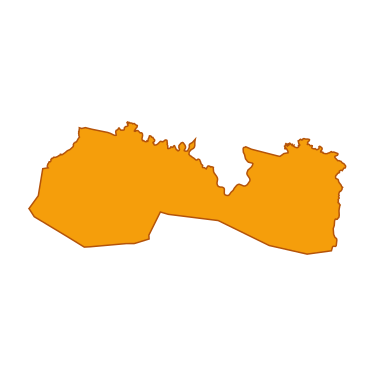 Namaacha, Maputo, Mozambique, rotated 285°
{"feature_id": "85939544B88728478280907", "entity_name": "Namaacha", "entity_type": "district", "adm_level": 2, "iso_a3": "MOZ", "parent_name": "Mozambique", "parent_adm1": "Maputo", "projection": "mercator", "projection_center": [32.28, -26.074], "detail": "fine", "context": "isolated", "style": "filled", "palette": "amber", "viewbox_px": 384, "rotation_deg": 285, "n_neighbors": 0, "source": "geoboundaries", "source_scale": "gbopen_adm2", "svg_char_len": 6077}
<svg xmlns="http://www.w3.org/2000/svg" viewBox="0 0 384 384"><g transform="rotate(285 192 192)"><path d="M232.5,103.6L231.9,102.8L230.4,102.7L227.3,104.1L226.8,103.2L226.7,102.1L227.5,98.0L227.7,95.2L226.7,79.1L226.6,73.0L226.6,72.4L224.8,69.0L224.9,66.5L223.7,66.9L222.4,66.9L221.6,67.2L221.0,66.9L220.0,67.4L219.5,67.2L218.4,67.8L217.5,68.0L215.9,69.1L214.4,68.4L210.5,67.4L209.9,66.3L209.2,66.1L208.5,65.3L206.9,65.1L206.1,65.5L205.0,65.4L201.5,63.2L199.6,60.9L197.1,59.2L194.5,57.0L194.2,56.3L194.5,56.0L194.5,55.3L194.3,55.0L193.7,55.1L193.1,54.8L192.9,54.2L191.4,52.9L190.2,51.3L189.7,49.3L188.3,48.6L188.2,47.9L186.9,47.3L186.2,47.6L185.2,47.6L184.3,47.0L184.3,46.3L184.0,46.1L182.7,46.0L181.8,45.7L181.7,45.5L179.5,45.5L178.6,46.0L178.1,46.7L175.9,41.8L148.6,44.5L133.7,38.8L133.6,39.1L127.3,46.0L116.5,83.5L110.9,102.2L112.8,108.0L125.1,141.7L127.3,149.7L135.5,162.7L139.2,161.5L164.5,166.6L164.3,174.9L171.2,224.7L160.3,280.4L161.8,319.3L171.3,341.9L174.9,341.9L175.7,342.1L176.2,342.7L176.6,344.7L177.5,345.2L182.8,344.4L183.9,344.0L184.5,343.5L185.1,341.9L187.7,339.8L193.2,337.9L196.5,338.1L201.0,337.2L202.1,337.3L202.9,337.5L203.1,338.0L203.0,338.8L203.3,339.4L204.5,339.8L205.3,340.4L206.0,340.4L207.8,340.2L211.7,338.9L213.5,338.6L217.3,338.3L217.7,338.5L218.1,338.2L218.5,337.3L219.2,337.0L219.3,336.3L219.7,335.8L220.5,335.7L221.2,335.8L222.5,335.1L222.9,335.2L223.8,335.7L224.4,335.7L225.2,334.8L227.0,335.0L227.4,334.4L227.9,334.2L230.7,334.5L231.0,335.2L231.4,335.5L233.2,336.2L234.8,336.0L235.5,336.3L236.0,335.1L237.2,334.3L239.1,331.8L240.1,330.9L241.3,330.3L241.9,329.8L242.4,327.3L243.8,326.7L245.2,326.7L246.2,327.4L247.6,327.8L248.9,329.4L250.2,328.9L251.5,330.1L251.7,331.0L251.5,331.6L254.0,332.4L254.4,332.6L254.8,333.7L256.1,333.9L257.1,333.5L258.7,331.3L259.0,329.6L260.2,327.9L260.1,327.2L260.4,325.9L260.0,324.7L262.3,321.1L262.8,320.8L263.5,320.9L265.2,323.0L266.5,323.2L266.9,322.7L267.3,318.6L266.6,317.1L267.1,316.3L267.0,316.0L266.2,315.2L265.6,314.9L264.8,313.4L264.0,312.6L263.6,311.2L263.4,308.9L263.6,308.4L264.0,308.4L264.3,308.0L264.1,307.6L264.3,306.7L264.0,306.4L264.0,305.9L264.9,305.7L266.1,306.4L267.3,306.6L268.4,305.9L269.2,303.8L269.1,303.3L268.6,302.9L267.3,303.4L266.6,303.3L265.5,302.3L265.1,301.2L265.8,299.7L265.2,298.8L265.3,296.9L265.6,296.3L265.9,296.2L267.4,296.3L267.8,296.2L267.8,295.1L267.3,294.3L267.4,293.8L268.2,293.0L268.2,291.9L267.8,291.2L268.0,291.0L268.9,291.3L269.9,290.8L272.0,292.0L272.9,292.0L273.1,291.8L273.1,290.1L272.5,288.1L272.6,286.3L272.0,285.4L271.1,285.3L270.6,284.2L271.1,283.4L270.6,282.7L269.7,282.3L268.9,281.3L266.4,282.6L265.8,283.5L265.3,283.9L264.9,283.9L264.6,283.6L264.7,283.1L264.6,282.8L264.1,282.8L263.3,283.3L262.3,282.7L261.9,281.7L262.0,279.8L262.5,278.4L263.4,278.4L262.8,277.7L263.5,277.1L262.9,277.0L262.8,276.6L263.2,276.4L263.6,276.7L264.0,276.6L263.9,276.2L263.5,276.0L263.5,275.6L264.5,273.8L264.0,273.5L263.7,272.8L263.4,272.6L263.1,272.8L263.4,273.3L263.3,273.8L262.9,273.4L262.0,273.3L261.8,272.7L261.0,272.2L261.4,271.8L262.1,271.8L262.9,272.5L263.0,271.7L262.4,271.6L263.1,270.2L262.9,270.1L262.5,270.7L262.2,270.7L261.5,270.0L261.0,270.2L260.2,269.5L259.4,270.2L259.1,270.9L258.8,270.9L258.3,270.3L258.0,270.4L257.7,270.7L257.8,271.1L258.3,271.5L258.1,272.3L255.9,274.3L254.7,274.6L252.9,270.8L249.2,267.8L249.0,266.0L248.7,238.4L249.6,232.2L249.0,231.7L248.4,230.5L247.8,230.2L246.9,230.2L243.7,231.3L241.8,233.0L237.9,235.1L235.9,237.7L235.4,238.8L235.5,242.7L235.1,243.5L233.6,243.5L231.6,243.0L227.7,240.4L225.1,240.1L223.8,240.3L222.9,240.9L220.1,244.1L218.7,244.9L217.6,245.0L213.4,243.5L211.8,242.1L211.2,240.7L211.2,240.2L211.6,237.3L211.7,235.5L211.2,234.6L210.1,233.5L206.7,231.9L204.2,231.3L201.9,229.8L199.4,228.9L198.2,228.2L197.7,226.8L197.7,225.0L198.2,224.1L199.2,223.5L203.2,222.5L204.0,221.9L204.4,220.8L204.5,219.8L204.1,218.2L204.1,216.7L204.6,215.4L205.5,214.6L207.0,213.8L210.6,213.5L212.0,213.0L213.4,211.8L216.2,208.4L217.2,207.6L218.5,207.1L220.8,206.3L221.3,206.3L221.5,205.1L221.1,203.8L221.4,203.8L221.3,202.2L221.6,201.6L221.0,200.5L218.0,199.7L218.7,197.6L218.4,195.9L219.0,195.5L220.5,195.4L221.3,193.9L222.3,192.9L222.9,192.8L225.2,190.9L225.4,189.6L225.3,189.3L224.1,188.4L224.0,187.4L225.1,185.2L225.7,183.2L226.4,181.8L226.4,181.1L227.6,179.3L230.3,178.9L231.2,179.6L232.2,179.8L232.8,180.6L233.6,181.1L234.5,182.1L235.9,182.7L237.5,182.7L241.3,181.7L243.8,181.5L240.0,179.6L238.1,177.7L237.4,177.3L236.5,177.2L235.2,177.7L233.9,177.8L231.5,177.3L230.5,176.9L229.8,175.6L229.9,173.9L230.5,173.7L232.6,174.3L233.8,174.2L235.3,173.2L236.8,171.4L237.3,170.7L237.4,170.0L236.5,168.8L233.5,167.4L231.5,167.8L230.1,168.9L229.0,168.8L228.3,168.2L228.1,167.8L228.7,167.1L228.7,166.2L228.9,165.9L232.2,163.1L232.2,162.8L231.4,162.2L230.1,161.9L230.2,160.0L230.0,159.8L229.3,159.9L228.6,159.3L227.8,158.0L227.8,157.3L230.4,156.6L231.7,155.6L232.7,155.6L233.5,155.1L235.0,154.7L235.5,154.2L235.5,153.5L235.3,152.6L234.7,152.4L234.3,151.9L233.3,151.3L233.1,150.6L232.8,150.4L232.9,148.8L232.7,148.3L229.7,146.6L228.5,145.6L227.7,144.1L227.7,143.4L228.2,142.8L229.0,142.5L229.1,141.9L229.4,141.6L230.0,141.6L230.9,142.5L231.3,142.6L232.2,142.6L232.8,142.3L233.5,141.1L234.6,140.1L234.5,138.8L235.2,138.2L235.4,137.5L235.4,136.6L235.1,136.3L233.7,136.4L231.8,136.0L230.6,136.2L229.4,136.1L229.4,135.8L229.9,135.5L229.9,135.2L228.8,134.9L228.6,134.4L228.6,133.0L229.2,132.0L228.8,131.5L228.8,131.1L229.3,130.5L230.4,129.9L233.7,129.7L235.3,129.1L236.0,128.3L236.1,127.8L235.7,126.6L237.3,123.9L237.0,122.4L236.0,121.7L235.8,121.2L235.9,120.6L236.6,120.5L237.2,120.9L238.8,121.2L240.0,122.0L241.8,122.1L242.1,121.9L242.1,121.0L243.2,118.4L242.5,117.0L243.0,116.1L242.6,114.4L243.0,113.7L242.6,112.8L243.0,112.1L243.0,111.6L242.1,111.2L241.6,111.8L241.5,112.8L240.6,112.3L239.9,112.9L239.5,113.0L238.8,112.5L238.4,111.9L238.2,111.2L237.6,110.6L236.2,110.0L235.3,110.4L234.6,110.4L233.7,109.3L233.8,108.4L233.4,107.9L233.3,107.2L235.0,104.9L234.5,104.5L233.3,104.3L232.5,103.6Z" fill="#f59e0b" stroke="#b45309" stroke-width="1.5"/></g></svg>